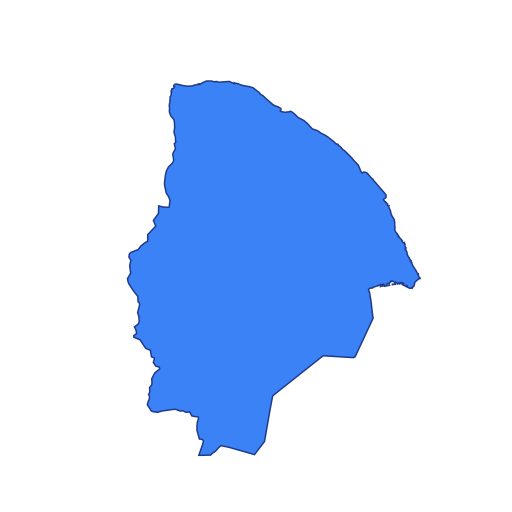 Kota Balikpapan, Kalimantan Timur, Indonesia, rotated 252°
{"feature_id": "22746128B66626446070966", "entity_name": "Kota Balikpapan", "entity_type": "district", "adm_level": 2, "iso_a3": "IDN", "parent_name": "Indonesia", "parent_adm1": "Kalimantan Timur", "projection": "orthographic", "projection_center": [116.897, -1.161], "detail": "fine", "context": "isolated", "style": "filled", "palette": "blue", "viewbox_px": 512, "rotation_deg": 252, "n_neighbors": 0, "source": "geoboundaries", "source_scale": "gbopen_adm2", "svg_char_len": 6072}
<svg xmlns="http://www.w3.org/2000/svg" viewBox="0 0 512 512"><g transform="rotate(252 256 256)"><path d="M216.5,114.7L212.1,119.8L202.2,122.6L199.0,126.4L192.4,125.4L190.6,127.8L189.1,127.3L186.4,125.4L182.2,126.7L180.2,129.7L178.4,129.6L176.1,123.6L171.4,118.9L167.2,117.8L165.4,116.7L163.9,114.2L159.2,112.8L157.4,111.0L156.4,111.3L154.4,111.1L153.0,110.3L150.4,108.1L149.4,107.7L148.7,106.9L147.9,106.9L147.6,106.7L143.8,107.9L141.4,108.3L140.4,109.1L140.0,109.6L137.7,114.2L137.7,117.7L137.4,120.1L135.5,130.8L135.0,132.2L134.3,133.2L133.2,134.2L133.0,134.8L132.1,135.7L131.2,139.0L129.8,140.2L128.9,141.4L128.6,142.9L128.1,144.7L123.7,145.6L121.9,148.8L121.6,149.9L120.9,151.2L120.0,151.4L118.8,150.8L116.2,148.9L111.8,147.0L110.9,146.9L108.8,146.0L99.4,145.6L98.5,147.7L98.3,147.8L97.5,148.6L96.3,148.9L92.6,146.5L84.1,140.0L80.7,151.2L82.0,154.0L82.8,157.1L85.0,160.7L86.5,164.0L82.6,170.9L67.6,193.2L77.0,206.8L103.5,220.8L117.8,228.6L121.4,238.0L140.4,289.0L129.3,317.1L129.5,319.1L160.7,348.2L163.0,348.5L177.0,351.3L185.9,352.7L189.3,352.6L190.0,353.7L190.2,354.5L189.9,355.3L189.9,355.9L189.6,356.4L189.6,357.1L189.9,357.2L190.1,358.4L190.0,363.2L190.5,365.1L188.9,365.1L188.5,364.9L188.5,365.9L188.9,365.3L190.3,365.3L189.9,367.1L189.6,367.1L189.5,367.3L188.3,367.3L188.1,367.4L188.2,367.6L189.8,367.7L189.9,368.5L189.7,368.8L189.0,369.0L187.5,369.0L186.9,374.0L187.1,374.0L187.4,371.6L188.7,371.5L189.2,372.4L189.2,372.9L188.7,374.4L189.5,374.8L189.6,375.5L190.0,376.2L190.7,376.5L189.9,376.4L189.8,376.5L189.2,376.5L190.1,376.7L190.0,376.9L189.2,376.8L190.3,377.2L190.0,378.1L188.1,379.9L186.4,379.7L186.6,377.3L186.7,376.9L186.9,377.0L186.8,377.4L187.0,377.4L187.0,376.4L186.9,376.8L186.6,376.8L186.2,379.3L186.0,379.8L186.6,380.0L186.9,380.1L188.1,380.2L187.4,381.3L187.2,381.5L186.9,381.5L186.6,382.1L186.3,382.2L185.7,381.9L185.6,382.4L185.7,382.2L186.3,382.4L186.4,382.9L186.1,384.2L185.3,384.0L185.1,383.8L185.0,384.2L185.1,384.4L185.3,384.1L186.0,384.4L185.8,384.9L186.0,385.6L185.7,386.4L185.2,387.1L184.1,386.0L184.2,385.9L183.9,386.1L183.9,386.3L184.1,386.2L184.9,387.3L183.9,387.9L183.6,387.5L183.7,387.3L183.4,387.4L183.0,387.0L180.7,389.2L180.7,389.5L181.4,390.1L180.8,390.6L180.0,389.9L178.4,391.5L177.7,392.6L177.2,394.3L177.4,394.4L177.6,394.1L177.8,394.2L177.7,394.7L177.5,394.9L177.8,395.0L178.0,395.6L178.4,395.9L178.2,396.4L178.4,396.7L179.3,397.4L180.0,397.6L180.5,398.3L181.0,398.3L181.9,398.9L182.6,400.3L182.8,401.1L183.2,401.6L184.0,404.1L183.8,405.0L184.1,405.3L184.6,405.1L184.6,404.9L184.9,404.7L187.5,404.4L188.3,404.5L188.5,404.8L188.9,404.9L188.9,404.3L189.2,404.1L192.0,403.8L198.2,402.2L201.1,401.8L201.3,402.2L201.7,402.2L202.0,402.0L202.1,401.7L202.7,401.6L203.2,402.0L203.4,401.5L203.6,401.8L204.2,401.8L204.5,401.7L204.8,401.3L207.2,401.1L207.3,400.8L210.9,400.3L211.3,400.3L212.1,400.7L214.9,400.6L215.7,400.4L215.9,400.3L215.9,400.0L216.7,400.0L217.0,400.3L217.0,400.9L217.3,401.2L217.7,400.8L219.2,400.8L220.9,401.0L221.2,401.5L222.8,401.1L223.1,401.2L223.3,401.1L223.1,400.1L223.3,399.8L224.9,399.4L225.3,399.8L227.6,399.0L228.6,398.3L230.1,398.0L230.1,397.5L230.3,397.4L231.1,397.2L231.4,397.7L232.1,397.6L232.6,397.1L233.0,397.0L233.7,397.2L234.2,397.0L234.7,396.4L236.6,396.2L237.5,395.9L240.1,397.0L241.9,397.3L245.5,398.4L248.0,398.7L252.6,397.6L255.5,397.5L257.1,397.9L261.1,397.4L262.0,397.6L262.3,397.8L262.2,397.3L262.4,397.2L263.4,397.1L263.7,397.0L263.7,396.7L264.3,396.6L264.7,396.7L264.8,397.0L265.0,396.8L265.7,396.8L266.2,396.4L266.5,396.4L266.7,396.1L267.3,396.0L267.2,395.8L267.5,395.5L270.3,394.6L270.5,394.8L271.2,397.1L271.7,397.8L272.0,398.0L274.2,398.5L290.4,391.7L291.0,391.3L292.9,390.9L294.4,389.9L300.5,387.3L301.0,387.0L301.3,386.6L302.5,384.6L302.6,384.2L302.2,383.0L302.3,382.5L302.5,382.3L305.4,381.7L307.6,381.7L311.1,381.3L311.7,380.9L317.2,378.3L319.9,377.3L323.5,375.5L324.5,374.8L325.2,374.7L326.1,374.0L326.5,374.0L329.0,372.6L329.7,371.9L332.3,370.6L332.9,370.5L333.7,370.1L335.5,368.7L336.3,368.6L337.3,368.1L337.7,367.1L338.4,366.5L340.4,365.5L347.0,361.1L349.3,359.3L352.9,355.6L355.3,354.0L356.8,352.5L359.4,348.9L363.4,347.0L365.4,346.2L369.3,343.9L370.1,343.4L374.7,338.9L379.2,336.5L381.5,335.0L383.0,333.6L382.9,331.8L383.4,330.0L383.5,328.5L385.4,324.8L386.2,323.9L386.6,323.9L386.9,324.5L387.7,325.1L388.5,325.2L388.9,325.0L391.1,323.1L392.7,320.8L394.7,318.9L400.8,315.2L405.8,312.4L406.7,311.9L408.2,310.3L409.4,310.0L410.5,309.5L412.2,308.4L417.0,305.1L417.6,304.3L417.7,303.9L418.0,303.4L419.2,301.9L419.4,301.8L419.5,301.2L420.9,298.7L421.8,297.2L422.2,296.2L423.4,294.5L424.9,292.8L427.1,289.3L427.2,289.2L426.5,289.2L426.5,288.6L430.3,284.5L432.7,274.6L434.2,272.3L434.5,270.2L435.8,268.4L436.6,266.5L437.7,263.1L437.6,260.8L437.1,257.7L436.6,256.0L436.7,255.4L437.0,255.8L437.3,255.4L437.3,251.8L437.6,250.0L437.4,248.1L437.7,246.7L438.9,242.8L439.8,240.9L440.6,239.3L443.8,234.1L444.2,233.3L444.4,232.1L443.8,230.8L443.3,230.3L442.7,230.2L441.9,230.8L441.2,230.1L440.8,228.6L441.0,227.7L440.8,227.4L440.1,227.4L439.6,226.6L438.9,226.1L438.1,226.6L437.7,226.4L437.4,225.8L435.0,224.9L433.8,223.4L433.2,223.2L432.7,223.2L431.7,222.8L431.1,222.4L429.4,221.8L427.5,220.7L426.0,220.1L422.2,219.1L421.6,218.8L421.2,218.5L418.8,218.1L416.5,218.2L414.8,218.5L412.2,219.7L410.8,220.1L407.5,219.5L403.0,218.3L400.4,216.8L398.9,216.2L394.4,216.2L388.8,214.7L388.1,213.0L382.8,212.5L380.1,209.5L379.1,208.7L378.2,208.2L373.7,207.6L371.8,206.9L370.5,205.6L369.5,204.0L368.2,201.1L367.3,199.8L364.5,197.0L361.0,194.9L353.7,191.5L351.4,190.9L343.6,190.1L339.6,191.2L335.6,191.4L329.5,188.6L329.2,188.1L331.3,182.8L333.7,178.9L326.6,176.4L321.5,169.4L315.4,169.9L309.8,159.6L303.7,157.7L302.8,154.0L300.9,149.3L298.5,146.0L298.1,138.1L297.1,136.2L294.3,134.8L290.6,135.7L285.9,132.9L278.4,131.5L274.2,126.8L271.4,126.4L269.1,126.4L260.7,128.7L254.1,131.1L249.0,129.7L247.1,130.6L245.3,130.1L238.7,125.9L235.0,125.9L230.8,125.0L228.0,123.6L226.1,118.4L224.2,118.9L221.4,118.9L219.1,118.4L218.1,115.2L216.5,114.7Z" fill="#3b82f6" stroke="#1e3a8a" stroke-width="1.5"/></g></svg>